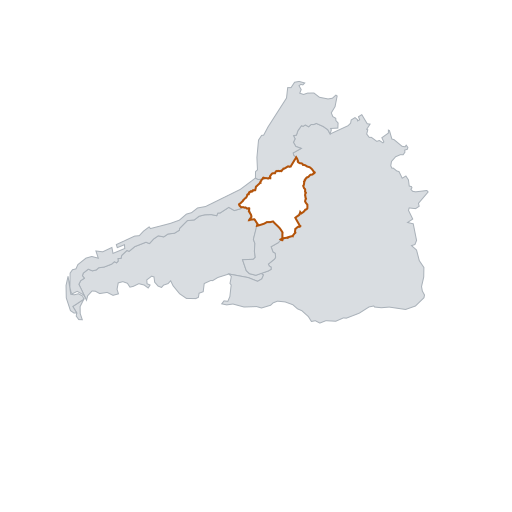 map of Bolivia with Argentina, Chile, Brazil and 2 others greyed out, rotated 58°
{"feature_id": "BOL", "entity_name": "Bolivia", "entity_type": "country or territory", "adm_level": 0, "iso_a3": "BOL", "parent_name": "South America", "parent_adm1": "", "projection": "robinson", "projection_center": [-65.153, -16.301], "detail": "fine", "context": "with_neighbors", "style": "outline", "palette": "amber", "viewbox_px": 512, "rotation_deg": 58, "n_neighbors": 5, "source": "natural_earth", "source_scale": "50m", "svg_char_len": 10876}
<svg xmlns="http://www.w3.org/2000/svg" viewBox="0 0 512 512"><g transform="rotate(58 256 256)"><path d="M201.4,424.9L205.7,432.0L211.7,435.6L218.0,437.1L216.0,440.0L211.7,440.3L209.3,438.2L201.7,438.1L201.4,424.9ZM256.9,288.5L254.0,299.7L253.9,305.9L252.8,307.3L251.9,314.5L258.3,319.7L257.4,324.0L260.5,326.7L260.2,329.7L255.1,337.5L247.5,340.8L237.3,342.1L231.8,341.5L232.8,345.2L231.7,349.8L232.6,352.8L229.6,355.0L224.5,355.8L219.7,353.6L217.8,355.2L218.4,361.3L221.8,363.1L224.5,361.2L226.0,364.4L221.4,366.2L217.4,370.0L216.7,376.2L215.6,379.4L211.0,379.5L207.2,382.5L205.8,387.1L210.6,391.5L215.2,392.7L213.6,398.1L208.0,401.5L205.0,408.5L200.7,410.9L198.8,413.6L200.5,419.8L203.7,423.2L186.1,421.2L184.0,417.7L183.9,413.3L180.8,413.7L179.0,411.6L178.3,405.2L181.9,402.6L183.2,398.8L182.6,395.7L184.9,390.6L186.4,382.6L185.8,379.1L187.9,377.9L187.3,375.6L185.0,374.4L186.5,371.8L184.3,369.5L182.9,362.5L184.8,361.2L183.8,353.8L186.0,342.0L189.0,339.8L187.3,333.8L187.1,328.2L190.9,324.1L190.7,319.0L193.5,313.0L193.5,307.3L192.1,306.2L189.6,295.5L192.7,289.2L192.1,283.2L193.9,277.6L197.3,271.8L201.0,268.0L199.4,265.6L200.5,263.6L200.3,253.3L206.0,250.3L207.8,243.8L207.2,242.3L211.6,236.7L218.6,238.2L221.7,242.7L223.8,237.7L229.9,238.0L240.5,249.4L244.8,250.3L251.2,254.9L256.7,257.3L257.4,260.0L252.0,269.4L263.2,272.0L267.4,271.0L272.3,266.3L273.3,260.8L276.0,259.6L278.5,263.2L278.3,268.1L270.2,274.0L256.9,288.5Z" fill="#d9dde1" stroke="#a8b0b8" stroke-width="1"/><path d="M201.4,424.9L201.7,438.1L209.3,438.2L207.9,440.6L204.0,442.3L191.0,439.1L180.3,432.7L173.6,426.1L190.3,433.4L192.6,430.7L193.9,426.6L198.1,424.2L201.4,424.9ZM193.7,210.5L196.4,214.7L197.1,219.1L200.0,221.7L198.3,227.7L201.2,234.6L203.3,243.1L207.2,242.3L207.8,243.8L206.0,250.3L200.3,253.3L200.5,263.6L199.4,265.6L201.0,268.0L197.3,271.8L193.9,277.6L192.1,283.2L192.7,289.2L189.6,295.5L192.1,306.2L193.5,307.3L193.5,313.0L190.7,319.0L190.9,324.1L187.1,328.2L187.3,333.8L189.0,339.8L186.0,342.0L183.8,353.8L184.8,361.2L182.9,362.5L184.3,369.5L186.5,371.8L185.0,374.4L187.3,375.6L187.9,377.9L185.8,379.1L186.4,382.6L184.9,390.6L182.6,395.7L183.2,398.8L181.9,402.6L178.3,405.2L179.0,411.6L180.8,413.7L183.9,413.3L184.0,417.7L186.1,421.2L201.7,422.9L197.6,422.8L191.2,426.4L190.7,431.9L188.8,432.1L183.5,430.2L172.0,422.7L170.4,418.9L171.5,415.5L168.9,411.6L167.7,401.3L169.4,395.5L174.3,390.9L166.9,389.1L171.2,383.8L172.4,373.7L178.0,375.9L180.1,363.3L176.7,361.6L175.4,369.2L172.3,368.4L174.8,348.4L176.9,344.2L175.3,338.2L174.7,331.2L176.8,331.0L183.0,311.2L185.0,302.0L183.6,292.8L185.1,287.7L184.3,280.1L187.3,272.6L191.2,234.0L189.6,215.2L192.3,213.6L193.7,210.5Z" fill="#d9dde1" stroke="#a8b0b8" stroke-width="1"/><path d="M278.4,310.4L277.1,306.9L279.5,303.9L276.6,299.7L267.4,292.4L265.5,292.6L260.3,287.8L256.9,288.5L270.2,274.0L278.3,268.1L278.5,263.2L276.0,259.6L273.3,260.8L275.2,253.6L275.3,250.2L273.4,249.1L271.4,250.1L269.4,249.8L268.4,241.8L267.4,240.0L263.9,238.3L261.7,239.5L256.1,238.3L256.5,229.9L255.0,226.5L256.7,225.2L256.2,221.7L257.7,219.0L258.7,214.2L257.4,210.3L254.5,208.6L254.0,206.1L254.8,202.6L244.5,202.3L242.5,195.1L244.0,195.0L242.7,187.0L239.6,185.2L236.2,185.2L230.3,182.2L228.2,179.9L222.1,178.9L216.2,173.4L216.6,162.2L209.5,163.3L201.9,168.1L200.7,170.0L193.9,169.6L190.8,170.7L188.3,169.9L188.7,160.6L184.2,164.2L179.4,164.0L177.4,160.8L173.8,160.4L174.9,157.7L171.9,154.0L169.6,148.4L171.0,147.3L171.0,144.7L174.3,142.9L173.7,139.6L175.1,137.4L175.5,134.6L181.7,130.4L186.9,128.2L191.8,128.5L194.3,108.9L193.5,105.4L191.1,103.2L191.1,98.7L194.2,97.7L195.2,98.3L195.4,95.9L192.2,95.3L192.2,91.4L202.8,91.6L204.6,89.4L207.2,95.0L208.2,94.3L211.2,97.5L215.4,97.1L216.5,95.3L222.8,92.8L223.4,90.2L227.3,88.4L227.0,87.1L222.4,86.6L221.9,78.6L219.4,77.0L220.4,76.4L228.8,78.8L230.4,77.3L240.4,74.0L242.4,71.7L241.6,69.9L244.5,69.7L245.7,71.1L245.0,73.8L246.9,74.7L248.1,77.6L246.6,79.8L245.8,85.0L247.6,91.0L250.9,93.9L253.6,94.2L254.2,93.0L258.4,91.6L260.2,90.0L267.5,90.8L267.6,86.5L272.3,86.4L277.9,89.0L279.5,87.4L280.8,87.6L281.5,89.3L284.1,88.9L286.2,86.6L291.0,76.4L292.9,76.1L297.4,90.3L300.3,91.3L300.4,95.6L296.4,100.6L298.1,102.5L307.7,103.5L307.9,109.7L312.0,105.6L327.9,111.6L330.5,115.2L329.6,118.6L336.0,116.7L346.5,120.0L354.7,119.7L362.7,124.9L369.6,131.8L373.8,133.5L378.4,133.8L380.4,135.7L382.9,147.3L380.6,157.5L369.9,170.1L366.3,177.1L362.1,182.5L360.8,182.6L359.1,187.1L359.2,198.7L356.6,212.3L354.8,214.7L353.6,222.9L347.9,231.0L346.7,237.4L342.3,240.0L340.9,243.7L335.1,243.7L326.7,246.1L322.8,248.8L316.8,250.6L310.4,255.6L305.7,261.7L304.8,266.3L305.5,269.7L303.0,278.9L299.2,282.3L292.9,293.2L284.5,301.0L281.9,306.8L278.4,310.4Z" fill="#d9dde1" stroke="#a8b0b8" stroke-width="1"/><path d="M191.8,128.5L186.9,128.2L181.7,130.4L175.5,134.6L175.1,137.4L173.7,139.6L174.3,142.9L171.0,144.7L171.0,147.3L169.6,148.4L171.9,154.0L174.9,157.7L173.8,160.4L177.4,160.8L179.4,164.0L184.2,164.2L188.7,160.6L188.3,169.9L190.8,170.7L193.9,169.6L198.6,179.5L197.4,181.6L197.1,191.2L195.0,194.3L196.0,196.6L194.7,198.6L197.1,203.8L192.3,213.6L189.6,215.2L184.2,211.7L183.7,209.1L172.9,203.0L159.0,192.4L156.7,187.3L157.6,185.5L152.9,177.4L138.2,146.4L130.0,139.9L131.8,137.1L129.1,131.2L130.8,126.9L135.1,123.0L135.7,125.6L134.2,127.1L134.4,129.3L138.8,129.5L141.1,132.6L144.2,130.1L145.2,125.9L148.5,120.5L155.0,118.1L161.0,111.7L162.7,107.6L161.9,103.0L163.3,102.4L171.2,109.8L174.5,116.3L178.5,117.0L181.5,115.4L183.5,116.5L186.7,115.9L190.9,118.8L187.4,125.1L189.0,125.3L191.8,128.5Z" fill="#d9dde1" stroke="#a8b0b8" stroke-width="1"/><path d="M254.9,224.6L256.5,229.9L256.1,238.3L261.7,239.5L263.9,238.3L267.4,240.0L268.4,241.8L269.4,249.8L271.4,250.1L273.4,249.1L275.3,250.2L275.2,253.6L272.3,266.3L267.4,271.0L263.2,272.0L252.0,269.4L257.4,260.0L256.7,257.3L251.2,254.9L244.8,250.3L240.5,249.4L230.7,239.3L232.9,231.9L233.0,228.6L235.6,223.2L245.0,221.4L249.9,221.4L254.9,224.6Z" fill="#d9dde1" stroke="#a8b0b8" stroke-width="1"/><path d="M194.2,210.0L194.2,209.7L194.1,209.3L193.9,209.0L193.5,208.7L193.4,208.4L193.5,208.1L194.2,207.6L194.5,207.5L194.6,207.2L194.8,206.9L195.4,206.0L195.8,205.5L196.2,205.1L196.6,204.9L196.8,204.7L196.7,204.1L196.7,203.7L196.8,203.4L197.3,203.1L197.6,202.9L197.7,202.7L197.3,202.4L196.6,202.1L196.1,202.1L195.8,201.9L195.7,201.7L194.7,199.1L194.6,198.5L194.6,198.3L195.2,197.0L195.5,196.6L195.9,196.0L195.8,195.8L195.0,194.8L194.8,194.3L194.8,193.9L194.9,193.3L195.3,193.0L195.5,192.5L195.5,192.1L195.7,191.9L195.9,191.7L196.2,191.3L196.5,191.0L196.7,190.7L196.8,190.0L197.0,189.8L197.5,189.6L197.5,189.4L197.4,189.0L197.1,188.5L196.9,188.2L196.7,187.0L196.4,186.4L196.5,186.2L196.7,185.9L196.9,185.3L196.9,184.6L196.9,182.0L196.9,181.5L197.1,181.1L197.5,180.7L197.8,180.6L198.1,180.3L198.1,179.8L198.2,179.5L198.5,179.2L197.7,177.7L197.1,176.5L196.5,175.3L195.8,173.9L195.3,173.0L194.8,171.9L194.3,170.9L193.6,169.6L194.2,169.6L195.5,169.6L196.7,169.9L197.6,170.0L197.9,170.2L198.0,170.5L198.5,170.6L198.8,170.6L199.5,170.2L200.0,170.0L200.5,169.7L201.3,168.6L201.8,168.1L202.2,167.9L203.0,167.8L203.3,167.9L203.7,167.9L204.0,167.4L204.4,166.8L205.3,166.1L205.8,165.9L206.0,165.7L206.5,165.6L207.0,165.4L209.0,163.6L209.9,163.1L210.4,163.0L210.8,162.9L211.6,162.6L213.4,162.4L214.6,162.3L215.0,162.5L215.4,162.5L215.7,162.1L216.0,161.9L216.3,161.9L216.6,162.4L216.7,162.9L216.6,163.3L216.6,163.9L216.8,164.6L216.7,165.3L216.3,166.1L216.0,166.5L216.0,166.8L216.0,167.3L216.2,168.1L216.6,169.2L216.7,170.0L216.4,170.6L216.3,171.0L216.3,171.4L216.4,171.7L216.6,171.8L216.6,172.1L216.7,172.6L216.9,173.0L217.3,173.5L217.5,173.9L217.4,174.3L217.4,174.5L217.5,174.6L217.8,174.4L217.9,174.5L218.2,175.0L218.4,175.6L218.4,175.9L218.9,176.1L219.3,176.2L219.6,176.4L220.1,177.0L220.5,177.3L221.0,177.6L221.2,178.1L221.5,178.8L222.4,179.0L223.5,179.2L224.2,179.3L225.0,179.0L225.5,179.0L226.1,179.3L226.3,179.4L226.7,179.8L227.4,180.3L227.9,180.4L228.2,180.2L228.6,180.1L228.9,180.2L229.0,180.7L229.1,181.0L229.5,181.3L230.1,181.9L230.5,182.2L230.9,182.2L231.8,182.6L232.7,183.0L233.2,183.1L233.7,183.1L234.0,183.2L234.1,183.7L234.9,184.7L235.3,185.1L235.8,185.5L236.9,185.5L237.3,185.6L237.8,185.5L239.3,185.3L239.6,185.2L240.5,185.7L241.5,186.3L242.2,186.8L242.7,187.1L242.9,187.5L243.1,188.0L243.2,188.5L243.1,189.0L242.9,189.2L242.8,189.5L242.9,190.0L243.3,190.5L243.4,191.0L243.6,191.9L243.8,192.2L243.9,195.1L243.2,195.1L242.2,195.2L242.5,195.5L243.3,196.5L244.1,197.5L244.2,199.1L244.2,200.1L244.3,201.6L244.4,202.4L246.2,202.5L248.4,202.6L250.9,202.7L253.2,202.8L253.4,202.8L253.8,202.6L254.1,202.5L254.3,202.8L254.2,203.3L254.2,203.8L253.5,204.7L253.5,205.1L253.6,206.4L253.8,207.4L253.9,208.4L254.2,208.6L254.9,209.1L256.1,210.1L256.5,210.2L256.9,210.1L257.2,210.4L257.2,211.1L257.8,212.8L258.2,213.8L258.4,214.2L258.7,214.4L258.6,214.5L258.4,214.6L258.3,214.8L257.9,216.0L257.4,217.6L257.1,218.7L257.4,218.7L257.4,219.0L257.4,219.5L257.1,219.6L256.6,220.7L256.1,221.9L255.5,223.1L255.2,223.8L255.7,224.4L256.6,225.3L256.5,225.5L256.1,225.7L255.8,225.8L255.5,226.1L255.4,226.3L255.0,226.4L255.1,225.4L255.0,224.5L254.9,224.3L253.4,223.2L251.9,222.3L250.1,221.0L247.7,221.0L245.2,221.1L242.8,221.6L240.4,222.2L239.3,222.5L237.1,223.0L235.8,223.2L235.4,224.2L234.9,225.8L234.4,226.6L233.8,227.6L233.0,228.9L233.0,230.5L232.9,232.0L232.4,234.1L231.9,235.9L231.4,237.7L231.0,238.9L230.9,239.2L230.4,238.7L230.0,238.1L229.9,237.8L229.9,237.7L227.6,237.8L225.5,237.8L225.2,237.9L224.9,237.9L224.7,237.8L224.1,237.9L223.9,238.2L223.0,240.0L222.6,240.8L222.3,241.5L222.1,242.7L222.0,242.9L221.7,242.5L221.3,241.4L221.2,240.8L220.9,240.0L220.5,239.2L220.0,238.9L219.7,238.8L219.2,238.6L218.4,238.4L218.1,238.4L215.8,238.4L215.6,238.3L214.7,238.4L214.3,238.4L213.8,237.9L212.7,237.0L212.5,236.7L212.1,236.6L211.9,236.5L211.7,236.7L211.6,237.4L211.3,238.1L211.1,238.5L210.4,238.7L209.7,239.0L209.3,239.1L209.1,239.4L209.0,239.9L208.8,240.3L207.8,240.9L207.6,241.2L207.4,241.8L206.9,242.5L206.7,242.8L205.8,243.0L204.7,243.3L204.0,243.2L203.5,243.2L203.4,243.0L203.1,242.8L203.0,242.6L203.0,242.3L203.1,241.6L203.0,240.8L202.7,239.8L202.7,239.5L202.6,239.0L202.5,238.1L202.0,237.7L201.8,236.9L201.8,236.2L201.4,235.4L201.3,234.3L201.3,233.4L200.7,232.4L200.0,231.3L199.5,231.1L199.4,231.0L199.3,230.7L199.3,230.2L199.3,229.9L199.8,229.4L199.7,229.2L198.6,228.5L198.4,228.2L198.3,227.7L198.5,227.5L198.7,227.3L198.4,226.8L198.4,226.3L198.3,226.1L198.4,225.8L199.1,225.7L199.3,225.2L199.3,224.8L199.2,224.5L198.6,223.8L198.6,223.7L199.2,222.7L199.7,222.1L199.8,221.9L199.7,221.6L199.4,221.4L199.0,221.1L198.7,220.7L198.2,220.2L197.7,219.8L197.3,219.4L197.1,219.0L197.1,218.7L197.1,218.1L196.8,217.1L196.7,216.5L196.6,215.7L196.5,215.3L196.4,214.8L196.2,214.3L196.1,214.0L196.3,213.7L196.4,213.4L195.4,212.9L195.2,212.7L195.0,211.7L194.2,210.7L194.2,210.0Z" fill="none" stroke="#b45309" stroke-width="2"/></g></svg>